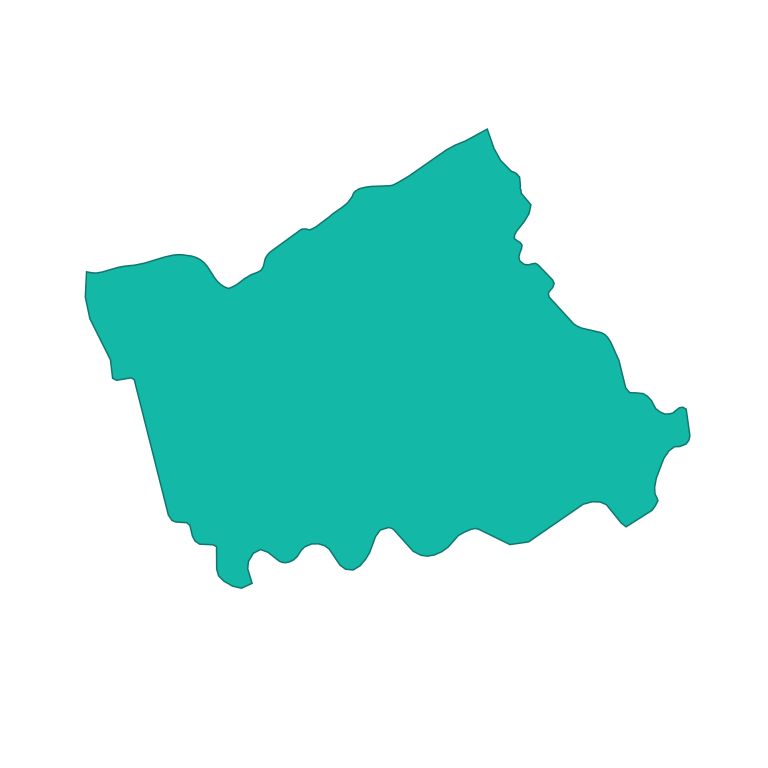 map outline of Mayenne (Albers equal-area conic projection), rotated 61°
{"feature_id": "FRA-5324", "entity_name": "Mayenne", "entity_type": "Metropolitan department", "adm_level": 1, "iso_a3": "FRA", "parent_name": "France", "parent_adm1": "", "projection": "albers", "projection_center": [-0.661, 48.148], "detail": "fine", "context": "isolated", "style": "filled", "palette": "teal", "viewbox_px": 768, "rotation_deg": 61, "n_neighbors": 0, "source": "natural_earth", "source_scale": "10m", "svg_char_len": 2630}
<svg xmlns="http://www.w3.org/2000/svg" viewBox="0 0 768 768"><g transform="rotate(61 384 384)"><path d="M494.4,596.0L493.5,607.7L487.3,614.5L478.8,619.6L471.7,621.7L464.8,620.1L445.0,609.3L441.7,611.5L434.7,622.9L429.8,625.4L424.2,625.3L413.4,622.3L409.7,623.7L403.9,632.8L400.6,635.6L394.0,636.1L259.0,600.3L256.0,602.3L251.1,616.1L247.5,618.6L230.2,611.5L184.4,609.6L163.2,603.1L141.7,589.8L145.5,585.1L147.6,581.6L149.4,576.3L153.1,560.1L155.1,554.0L159.2,544.4L162.2,534.9L166.6,514.3L169.2,505.5L171.0,501.5L173.2,497.8L178.9,490.2L182.5,486.8L186.6,484.2L190.9,482.5L195.9,481.5L209.9,480.6L214.2,479.8L218.4,478.3L221.8,476.4L224.6,474.1L225.1,473.3L225.6,470.1L225.7,464.7L224.2,454.2L224.0,447.1L225.0,440.3L224.9,436.2L222.8,432.6L216.7,427.0L214.7,423.6L213.6,420.6L213.3,418.9L208.6,381.2L209.8,378.5L210.8,376.8L211.9,375.7L213.1,374.4L213.5,371.6L213.6,367.9L211.2,350.1L210.3,346.2L209.1,334.5L208.4,330.6L207.8,327.8L205.0,321.5L204.1,320.2L202.4,318.3L201.5,315.8L201.2,311.0L203.1,304.1L205.2,299.0L213.2,283.3L214.3,280.2L214.6,273.2L214.2,261.2L209.5,216.1L209.6,205.8L210.9,194.9L211.1,170.1L231.4,173.6L245.1,173.6L258.4,169.9L260.5,168.9L261.5,167.8L264.5,166.1L268.8,165.1L277.1,168.7L278.5,169.9L280.8,170.2L283.7,171.5L298.5,168.6L305.2,174.4L309.7,182.2L314.8,194.2L317.0,197.5L319.9,199.5L323.4,198.0L326.3,196.3L329.5,195.9L332.5,198.3L335.2,201.6L338.4,204.5L342.2,205.5L347.1,203.6L349.8,200.1L350.7,196.3L351.9,193.0L354.8,191.4L374.6,186.1L378.5,186.4L381.4,189.6L382.7,193.2L384.3,196.3L388.1,197.4L423.1,189.0L427.1,187.0L430.9,184.1L444.6,168.9L447.9,166.8L451.8,165.8L457.0,165.4L477.4,167.1L504.6,174.5L510.5,173.3L512.3,170.7L514.1,167.6L518.1,161.9L522.5,159.5L528.2,158.1L537.3,158.3L542.6,155.9L546.4,153.0L548.4,149.2L549.4,145.4L548.6,141.4L548.0,137.1L549.2,133.9L552.5,131.9L577.7,141.6L581.1,144.8L583.0,149.1L582.0,155.9L579.7,160.3L580.6,167.1L584.7,175.3L598.3,191.4L605.6,197.4L611.6,200.3L615.3,200.4L618.9,201.0L622.1,205.8L624.4,210.5L626.3,241.5L620.7,243.9L597.3,248.0L592.0,252.2L588.0,258.8L585.7,268.1L592.2,334.1L585.5,351.7L557.1,371.5L554.6,374.2L553.3,378.4L552.5,385.7L552.6,392.5L557.8,407.1L558.7,415.0L558.0,422.7L555.6,429.5L551.7,434.7L544.4,439.6L516.0,446.1L513.7,447.4L511.7,449.7L509.9,458.1L513.4,465.5L524.5,478.3L528.4,485.1L531.4,493.1L531.7,501.1L527.4,507.4L521.2,510.3L501.6,512.0L496.7,514.3L492.1,518.7L488.8,524.8L488.0,532.4L489.2,536.7L493.0,543.9L494.0,548.4L493.8,552.7L492.8,556.3L491.0,559.1L488.6,561.3L474.9,567.1L468.9,572.3L468.7,580.5L473.7,588.8L479.6,592.8L494.4,596.0Z" fill="#14b8a6" stroke="#0f766e" stroke-width="1.5"/></g></svg>